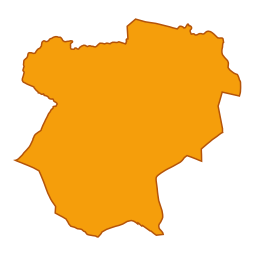 outline of Kota Payakumbuh, Sumatera Barat, Indonesia
{"feature_id": "22746128B75816793285642", "entity_name": "Kota Payakumbuh", "entity_type": "district", "adm_level": 2, "iso_a3": "IDN", "parent_name": "Indonesia", "parent_adm1": "Sumatera Barat", "projection": "robinson", "projection_center": [100.624, -0.229], "detail": "fine", "context": "isolated", "style": "filled", "palette": "amber", "viewbox_px": 256, "rotation_deg": 0, "n_neighbors": 0, "source": "geoboundaries", "source_scale": "gbopen_adm2", "svg_char_len": 5429}
<svg xmlns="http://www.w3.org/2000/svg" viewBox="0 0 256 256"><path d="M177.3,28.9L172.8,27.8L169.9,26.9L159.1,24.2L155.8,23.4L148.4,22.3L145.2,21.8L135.6,19.1L127.2,26.3L127.3,28.7L127.8,36.6L127.9,38.9L127.0,39.0L126.6,39.1L126.3,39.6L126.2,40.2L126.5,40.5L126.6,40.9L126.6,41.4L126.3,41.9L126.0,42.2L126.1,42.8L126.0,43.3L125.5,43.9L118.9,41.8L117.4,42.4L116.3,42.5L114.6,42.3L113.3,42.3L112.6,42.3L111.3,42.9L110.9,43.1L110.2,43.7L109.8,43.7L106.9,43.1L105.6,43.5L104.6,43.9L102.2,43.3L99.9,43.2L98.5,44.3L96.4,46.4L95.4,46.9L94.1,46.8L93.7,46.6L93.0,46.3L92.6,46.3L91.8,46.4L91.1,46.1L90.5,45.9L89.3,45.8L89.0,45.9L87.4,46.6L86.1,46.0L85.8,45.7L85.5,45.6L85.2,45.4L84.4,45.3L83.9,45.2L82.8,45.6L82.5,45.8L81.7,46.0L81.2,46.4L81.0,46.5L80.7,46.8L80.1,47.1L79.7,47.5L78.9,48.7L78.4,49.1L77.9,49.1L77.6,49.0L77.3,48.9L76.6,48.4L76.2,48.1L75.9,48.0L75.5,48.0L74.7,48.2L74.4,48.9L74.1,49.2L73.5,49.3L73.0,49.2L72.3,49.2L71.6,49.2L71.2,49.1L70.9,48.6L70.6,48.1L70.5,47.2L70.6,46.4L70.5,45.8L70.4,45.5L70.6,45.0L70.4,44.1L70.7,43.5L71.1,43.2L71.6,42.7L72.0,42.5L72.4,42.2L72.5,41.7L72.5,41.3L72.3,41.1L72.0,40.9L70.6,40.8L69.7,41.0L69.2,41.2L68.0,41.3L66.8,41.4L66.2,41.6L65.5,41.7L64.7,41.6L64.1,41.5L63.7,41.1L63.1,40.8L62.7,40.4L62.2,39.4L61.7,38.6L61.2,38.0L60.4,37.3L58.3,37.2L57.6,36.9L57.0,36.7L56.1,36.7L55.3,36.7L53.3,37.3L51.8,38.3L51.1,38.5L50.4,38.7L49.5,39.3L49.2,39.7L49.0,40.2L48.6,40.6L47.9,41.1L47.4,41.4L46.4,41.6L45.7,41.6L45.3,41.3L44.8,41.0L44.3,40.9L43.6,40.9L43.0,41.3L42.5,41.7L42.0,42.3L41.5,44.8L41.4,46.1L40.9,46.6L40.5,47.3L39.9,48.1L39.4,48.4L38.4,48.8L37.6,49.5L36.8,50.4L36.2,51.3L35.7,52.1L35.5,52.6L35.1,53.0L34.4,53.3L33.7,53.4L33.0,53.3L31.5,52.8L29.4,52.7L28.8,52.9L28.3,53.3L27.9,54.5L27.7,55.8L27.3,56.9L26.9,57.6L26.4,58.2L25.8,58.6L25.2,59.2L24.3,60.0L23.9,60.7L23.5,64.8L24.1,66.6L23.6,67.6L23.4,68.6L23.0,69.8L23.0,70.6L24.1,72.1L24.1,72.7L23.6,74.5L23.3,75.8L22.4,78.6L22.3,79.2L22.3,80.1L22.3,80.4L22.8,81.3L23.0,81.7L23.5,82.2L23.9,82.4L24.4,82.6L27.3,84.2L30.2,85.4L33.4,86.7L33.8,86.9L33.9,87.3L34.3,88.0L36.1,90.2L36.7,90.8L37.2,91.1L38.1,92.1L38.3,92.9L39.6,93.0L40.0,93.3L40.6,93.7L41.2,94.1L41.7,94.3L42.3,94.3L43.0,94.1L43.3,93.9L43.5,94.0L43.8,94.2L43.9,94.5L44.0,94.7L44.0,95.0L44.2,95.4L46.3,95.8L47.2,96.3L48.2,97.0L49.1,98.4L49.5,98.6L50.2,98.9L51.9,99.1L52.6,99.0L53.1,99.2L53.2,99.3L53.7,100.9L54.8,101.8L55.2,101.9L55.5,102.1L56.2,102.6L57.1,103.6L57.2,104.1L56.2,105.6L55.9,106.3L55.4,106.4L55.2,106.3L54.1,106.3L53.2,106.7L53.1,106.9L53.1,107.7L52.9,108.2L52.8,108.4L52.6,108.6L52.4,108.8L51.7,109.2L51.4,109.4L50.0,111.9L49.4,112.7L49.2,112.9L48.6,113.7L46.9,117.3L46.1,118.8L45.4,120.1L45.0,121.1L42.9,125.4L42.2,127.1L41.6,128.6L41.3,129.1L41.2,130.0L40.5,130.8L38.4,132.1L35.3,134.4L34.1,136.2L33.8,137.3L33.5,137.7L33.0,138.8L32.8,140.0L30.3,145.2L29.2,147.0L26.6,150.0L24.0,152.7L22.3,155.0L18.5,158.8L17.1,159.7L16.0,160.2L15.4,160.3L16.2,160.7L28.4,165.6L33.5,167.8L39.0,170.8L40.9,175.1L43.6,181.7L46.4,189.4L47.9,193.3L48.9,195.3L50.6,198.9L51.9,201.1L55.6,206.5L55.2,213.0L60.0,215.6L62.7,217.0L66.0,219.0L67.9,222.0L68.9,224.0L70.8,226.2L74.7,227.3L77.4,228.7L80.6,229.1L81.8,229.5L83.6,231.1L85.3,231.9L86.1,233.1L87.2,234.4L88.9,234.9L92.8,235.6L95.6,236.0L97.2,236.9L98.2,236.9L100.7,234.1L102.1,231.9L106.5,229.4L110.9,227.8L115.5,226.3L119.0,225.4L122.8,224.0L127.3,221.4L131.2,220.5L133.6,221.1L135.9,222.5L137.8,224.0L138.0,222.9L139.2,223.7L140.7,225.2L141.9,226.1L142.5,225.5L150.1,230.9L151.1,231.1L153.8,233.4L156.3,235.2L163.2,234.4L162.8,232.9L161.9,231.6L160.6,230.1L159.8,229.3L159.1,228.1L158.8,226.5L158.8,225.3L159.0,224.8L159.3,224.0L159.8,223.3L160.9,221.6L161.4,220.4L161.9,219.5L162.3,218.6L162.7,217.3L162.7,215.9L162.6,214.3L162.0,210.7L159.8,204.0L158.7,200.6L157.9,195.2L157.5,192.1L157.2,188.8L156.1,180.3L156.1,178.2L156.4,177.1L157.3,175.9L158.7,174.7L161.3,172.8L165.4,170.2L168.3,168.6L170.4,167.6L173.1,166.2L180.0,162.3L180.8,161.7L182.0,160.6L183.2,159.2L183.8,158.3L184.5,157.5L187.0,155.6L191.0,157.0L195.9,158.9L199.7,160.5L201.6,161.2L201.5,154.8L201.3,150.1L201.4,148.9L207.3,143.8L212.5,139.5L216.9,136.4L219.3,134.5L221.7,132.8L222.6,132.5L222.5,132.3L222.5,131.8L222.5,129.8L222.5,128.7L218.1,106.1L219.3,102.3L222.2,92.1L231.5,94.2L239.4,96.0L239.7,94.8L240.1,93.4L240.4,92.0L240.6,88.1L240.6,86.2L240.5,82.4L240.3,81.3L240.0,80.8L239.8,80.6L239.6,80.3L238.7,77.4L237.9,75.5L237.3,74.5L236.7,74.3L235.1,73.7L233.6,72.9L231.6,71.4L229.9,70.0L228.8,68.6L228.1,67.6L228.1,66.7L228.3,64.9L228.4,63.2L228.2,62.3L227.5,60.6L224.6,57.5L222.6,54.9L222.2,53.9L221.9,52.3L221.9,51.1L221.9,50.1L222.1,48.8L222.5,47.1L222.6,45.0L222.8,44.0L222.9,43.3L223.1,42.8L223.6,42.4L223.0,38.8L222.5,38.2L221.7,38.0L220.4,38.0L219.4,38.1L217.7,37.8L213.9,34.1L212.3,32.8L210.6,31.7L208.5,31.2L207.5,31.3L206.6,31.6L205.5,32.4L204.8,33.1L204.0,33.8L203.3,34.0L202.4,34.0L201.6,33.7L201.0,33.6L199.7,33.6L198.7,33.9L197.9,34.4L197.0,34.8L196.5,34.9L195.9,35.0L195.2,34.9L194.7,34.5L194.2,34.0L193.7,33.8L193.0,33.8L191.4,34.1L191.1,33.9L190.8,33.1L190.1,31.3L190.1,30.8L190.4,29.9L191.2,29.1L191.5,28.6L191.6,27.9L191.5,27.2L190.9,26.4L190.2,25.9L189.4,25.9L189.0,25.7L188.8,25.3L189.2,24.5L188.8,25.3L188.5,25.0L188.3,24.3L188.1,24.1L187.8,24.1L187.4,24.3L186.3,26.1L185.7,27.1L185.2,27.6L184.8,27.9L184.4,27.8L183.8,27.9L183.1,27.1L182.1,26.6L180.8,26.2L179.5,26.4L177.3,28.9Z" fill="#f59e0b" stroke="#b45309" stroke-width="1.5"/></svg>